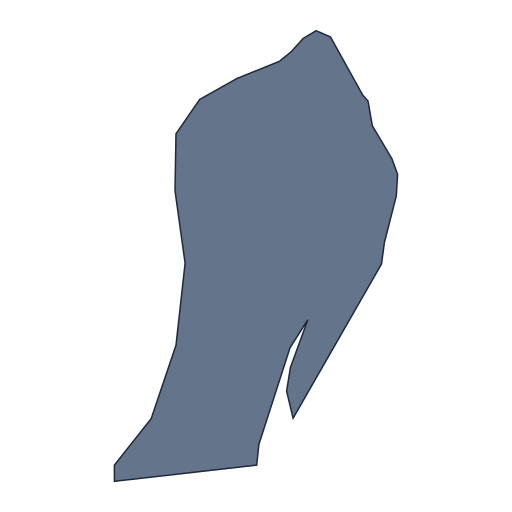 map outline of San Salvador (orthographic projection)
{"feature_id": "BHS-5031", "entity_name": "San Salvador", "entity_type": "District", "adm_level": 1, "iso_a3": "BHS", "parent_name": "The Bahamas", "parent_adm1": "", "projection": "orthographic", "projection_center": [-74.482, 24.049], "detail": "fine", "context": "isolated", "style": "filled", "palette": "slate", "viewbox_px": 512, "rotation_deg": 0, "n_neighbors": 0, "source": "natural_earth", "source_scale": "10m", "svg_char_len": 484}
<svg xmlns="http://www.w3.org/2000/svg" viewBox="0 0 512 512"><path d="M307.8,319.8L290.0,347.8L258.9,444.3L256.7,465.1L114.4,481.3L114.4,465.1L151.2,418.6L176.0,345.2L185.1,263.2L175.0,190.6L176.0,133.8L199.7,99.4L237.3,78.3L279.5,61.3L291.5,51.4L303.2,38.4L316.1,30.7L330.5,37.0L362.8,95.2L368.0,101.0L372.3,125.7L392.0,158.9L397.6,174.4L396.3,195.9L384.4,242.6L381.5,264.0L293.1,418.2L286.6,391.1L290.4,367.6L307.8,319.8Z" fill="#64748b" stroke="#1e293b" stroke-width="1.5"/></svg>